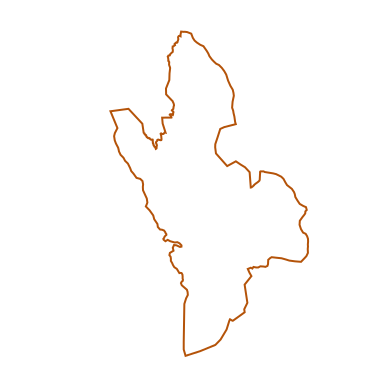 the district of Rafi, Niger, Nigeria, rotated 329°
{"feature_id": "59680162B49809531314946", "entity_name": "Rafi", "entity_type": "district", "adm_level": 2, "iso_a3": "NGA", "parent_name": "Nigeria", "parent_adm1": "Niger", "projection": "equal_earth", "projection_center": [6.279, 10.195], "detail": "fine", "context": "isolated", "style": "outline", "palette": "amber", "viewbox_px": 384, "rotation_deg": 329, "n_neighbors": 0, "source": "geoboundaries", "source_scale": "gbopen_adm2", "svg_char_len": 5660}
<svg xmlns="http://www.w3.org/2000/svg" viewBox="0 0 384 384"><g transform="rotate(329 192 192)"><path d="M163.7,80.8L161.0,98.8L156.2,101.8L154.0,104.0L152.4,107.9L151.8,111.1L151.6,114.1L151.6,114.7L151.6,115.1L151.5,115.3L151.5,116.0L151.3,116.8L151.2,116.9L151.1,117.2L150.9,118.0L150.3,119.6L150.2,120.6L150.2,120.9L150.1,121.6L150.1,121.9L149.9,123.2L150.3,124.8L150.3,125.0L150.6,126.0L150.7,126.5L150.9,127.5L150.7,130.8L151.7,134.6L151.3,139.6L150.7,142.8L151.3,146.1L151.3,146.8L151.4,147.1L151.5,149.1L151.6,149.7L151.6,149.8L151.7,151.3L154.4,154.1L155.2,157.1L154.0,160.3L152.5,162.3L150.9,165.3L149.9,174.3L148.3,178.1L146.5,179.5L145.0,180.6L146.2,185.8L146.7,192.1L145.6,195.9L145.9,201.6L144.7,204.4L145.3,207.7L146.9,208.9L148.2,210.6L148.4,212.5L148.2,213.4L148.3,214.9L147.9,215.6L146.6,215.8L145.4,216.2L144.6,216.9L143.3,217.4L143.1,218.3L143.9,220.5L146.5,220.5L148.0,223.0L151.2,226.4L153.6,227.5L154.9,229.6L155.5,232.3L154.8,233.4L153.4,232.9L151.2,229.7L149.3,228.2L146.8,229.9L145.9,232.8L141.7,232.8L140.1,234.5L140.3,236.5L139.6,238.2L138.4,240.2L138.4,242.7L138.1,244.7L138.1,247.3L139.4,250.1L139.4,255.0L140.3,255.3L141.3,256.1L141.3,257.8L140.5,259.5L139.4,261.3L139.0,262.7L138.1,263.5L137.1,263.5L135.6,264.4L135.2,266.7L137.3,273.2L136.7,275.5L135.4,278.1L132.2,280.1L127.8,284.0L107.9,315.9L103.8,322.7L102.1,329.1L116.9,332.6L133.3,335.1L140.5,333.2L150.8,327.7L157.9,321.4L159.0,320.7L160.2,322.8L160.3,323.1L160.8,323.4L175.2,322.2L176.4,319.4L182.4,315.5L189.4,298.5L199.6,294.7L199.7,290.8L200.2,286.7L203.4,287.2L204.3,288.7L206.1,287.9L208.2,289.8L209.9,290.8L212.3,290.9L214.9,292.7L216.4,294.0L218.6,294.2L220.0,293.0L222.4,289.4L224.9,288.9L226.7,288.9L230.6,291.9L234.6,294.9L237.7,298.2L240.1,300.9L244.6,304.5L249.5,308.0L254.3,306.7L257.0,305.9L260.0,303.9L261.9,300.4L263.3,298.5L264.3,296.6L265.9,294.4L267.3,291.9L267.9,289.2L267.9,286.4L266.3,284.0L266.3,279.9L267.3,275.5L269.6,272.2L274.0,270.3L276.2,269.5L278.0,268.7L279.2,267.0L281.1,266.5L281.9,263.7L280.2,261.3L278.2,257.7L278.0,253.6L278.0,249.5L279.0,246.8L279.4,244.6L279.2,240.7L277.0,235.0L277.0,231.7L277.2,227.9L276.4,224.9L276.0,224.2L275.9,224.1L275.7,223.8L275.4,223.3L274.9,222.5L273.3,220.0L271.1,217.8L264.6,212.3L264.0,211.2L261.3,209.6L260.6,209.9L260.5,210.1L260.4,210.3L260.3,210.5L260.2,210.7L260.1,211.0L259.7,211.4L258.5,213.2L257.0,215.4L256.7,215.9L256.5,216.1L256.4,216.3L256.2,216.5L255.8,216.9L255.6,217.0L255.3,217.1L255.1,217.1L254.6,217.2L254.4,217.3L253.9,217.3L253.7,217.4L252.6,217.5L251.1,217.6L248.9,217.9L248.6,218.2L248.1,218.2L247.1,218.5L245.8,218.6L245.4,218.7L245.0,218.5L244.7,218.4L251.6,204.7L250.2,198.1L247.7,193.3L245.4,188.3L235.5,187.9L232.4,171.3L234.9,165.6L236.6,163.0L242.2,158.2L248.7,152.5L253.1,153.0L264.5,156.4L265.0,154.3L267.2,149.1L268.2,145.9L269.2,143.4L269.8,140.4L273.3,135.5L277.4,131.1L278.6,128.4L279.6,125.3L279.6,120.7L280.3,115.1L281.8,109.0L281.9,105.0L281.5,101.0L280.5,97.0L278.8,94.5L278.0,91.7L277.3,88.7L276.9,84.6L277.3,81.6L277.3,78.6L276.9,72.9L274.9,70.1L273.1,66.3L272.2,63.5L272.1,60.3L272.9,55.9L270.2,52.4L268.4,51.0L267.3,50.4L265.3,48.9L264.4,49.9L263.3,51.1L262.4,52.6L261.8,51.7L260.9,51.5L259.8,52.1L258.9,54.1L257.5,55.3L256.6,56.2L255.9,56.3L255.6,55.7L254.2,55.9L253.2,56.2L253.2,57.0L253.1,57.4L252.0,57.4L251.2,57.6L250.4,57.3L249.9,58.0L249.3,58.7L248.9,60.0L248.3,61.1L247.6,62.0L246.1,62.2L244.9,62.5L244.6,62.6L244.1,62.7L243.6,63.3L243.1,63.5L242.1,62.9L240.9,63.5L240.7,64.6L240.3,65.3L240.2,65.8L239.8,66.4L239.6,67.2L239.2,67.4L239.4,68.9L239.3,69.1L238.9,69.5L238.7,69.8L238.6,70.1L238.4,70.4L238.0,70.9L237.8,71.5L237.7,71.9L237.6,72.4L237.4,73.6L237.1,74.5L233.8,78.8L230.2,84.4L223.0,89.9L220.1,95.0L221.9,103.1L222.2,104.1L222.0,105.1L221.9,106.4L221.6,107.5L221.4,108.1L221.2,108.5L220.9,108.8L220.5,109.0L218.9,111.0L218.7,111.2L217.1,111.5L216.8,111.6L216.8,112.0L216.9,112.3L217.2,112.9L217.3,113.5L217.3,113.9L217.1,114.1L216.9,114.4L216.5,114.5L216.3,114.7L216.0,115.4L215.4,116.1L215.2,116.2L215.0,115.8L214.8,115.5L214.5,114.8L214.0,114.4L213.5,114.2L213.3,114.1L213.0,114.1L212.7,114.3L212.8,114.6L213.0,114.9L213.0,115.4L213.0,116.0L212.9,116.6L212.9,116.8L212.9,117.4L212.8,117.5L212.7,117.6L204.7,112.9L202.1,118.2L199.9,127.5L199.5,127.1L199.0,126.9L198.0,127.4L197.5,127.5L196.9,127.3L196.4,127.1L195.8,125.9L195.5,125.8L195.1,125.9L194.4,128.3L193.8,129.5L193.2,130.8L192.7,131.5L192.4,131.7L192.1,131.6L191.7,131.4L191.2,130.9L190.7,130.4L190.1,129.7L189.5,129.5L189.1,129.5L188.7,130.1L187.6,130.5L186.9,130.7L186.5,131.2L186.2,132.5L186.3,132.7L186.0,133.9L185.3,134.6L184.8,135.2L184.2,136.2L183.8,136.4L183.2,136.4L183.3,136.0L183.4,135.3L183.4,135.2L183.5,134.2L183.2,133.9L183.1,133.7L183.3,133.3L183.3,132.8L183.2,132.6L183.3,132.3L183.3,132.2L183.2,132.1L183.3,131.9L183.4,131.7L183.4,131.4L183.6,131.2L183.7,130.9L183.6,130.7L183.5,130.3L183.6,130.2L183.8,130.2L183.9,129.9L184.0,129.2L184.1,128.8L184.2,128.7L184.6,128.3L184.7,127.8L184.8,127.6L185.0,127.5L185.1,127.4L185.2,127.1L184.9,127.0L184.8,126.9L184.7,126.6L184.7,126.4L184.2,126.3L183.9,126.2L183.7,125.8L183.5,125.4L183.3,124.9L183.3,124.7L183.4,124.4L183.4,124.2L183.2,123.8L183.0,123.7L182.7,123.7L182.4,123.5L182.4,123.2L182.1,122.7L181.9,122.8L181.8,122.6L181.8,122.3L181.9,122.1L181.8,121.9L181.7,121.8L181.8,121.7L181.6,121.2L181.5,120.9L181.7,120.5L181.7,120.0L181.9,119.7L181.8,119.3L181.7,119.1L181.4,119.1L181.4,118.8L181.4,118.7L181.3,118.4L181.2,118.2L181.4,117.7L181.5,117.4L181.4,117.3L181.3,117.2L181.2,117.2L181.2,116.8L181.2,116.6L181.1,116.3L184.6,107.9L180.4,88.0L163.7,80.8Z" fill="none" stroke="#b45309" stroke-width="2"/></g></svg>